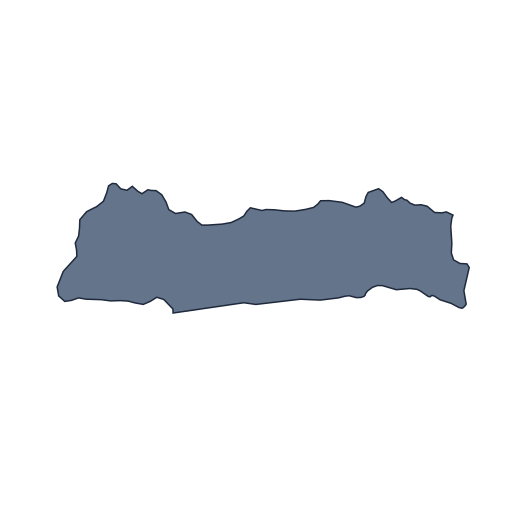 Hualien, Mercator projection, rotated 72°
{"feature_id": "TWN-1172", "entity_name": "Hualien", "entity_type": "County", "adm_level": 1, "iso_a3": "TWN", "parent_name": "Taiwan", "parent_adm1": "", "projection": "mercator", "projection_center": [121.379, 23.74], "detail": "fine", "context": "isolated", "style": "filled", "palette": "slate", "viewbox_px": 512, "rotation_deg": 72, "n_neighbors": 0, "source": "natural_earth", "source_scale": "10m", "svg_char_len": 1699}
<svg xmlns="http://www.w3.org/2000/svg" viewBox="0 0 512 512"><g transform="rotate(72 256 256)"><path d="M366.6,70.9L367.4,71.7L368.4,73.3L369.1,74.9L369.4,76.1L367.8,78.8L361.4,85.0L354.5,94.5L349.4,98.6L347.8,100.8L348.6,103.1L347.7,104.7L340.3,110.3L337.6,113.0L334.5,119.6L331.4,133.0L323.2,145.0L321.6,149.8L321.8,155.0L323.7,160.7L325.4,163.2L326.9,164.3L327.8,165.8L327.8,169.4L326.6,173.4L322.6,179.7L321.8,183.5L321.3,190.6L317.8,208.5L310.8,227.2L302.0,271.2L296.7,282.0L284.6,352.5L280.7,351.4L268.9,357.1L264.6,363.1L266.5,370.7L267.2,378.2L263.1,385.8L259.4,391.5L256.5,398.8L253.8,408.1L249.8,416.5L244.5,431.1L241.0,437.7L241.2,445.1L240.1,451.9L233.0,456.0L224.0,454.7L211.1,444.1L201.0,426.5L194.8,424.8L187.8,423.9L182.3,418.6L175.6,415.5L167.0,412.3L161.5,403.4L160.2,395.3L159.9,392.6L156.8,384.2L149.8,378.5L143.7,374.5L142.6,370.2L144.1,366.7L150.3,363.9L153.6,358.4L151.5,352.1L158.1,348.3L161.5,345.2L159.6,338.3L161.3,335.4L162.9,330.9L168.6,326.7L176.8,324.9L184.9,324.6L190.7,319.4L192.2,310.0L196.6,304.4L205.0,301.3L209.9,297.9L211.7,292.3L215.2,278.4L216.5,269.2L215.5,261.3L214.2,255.3L210.7,250.9L208.4,246.5L214.6,236.2L214.9,232.1L217.7,224.3L221.9,215.0L225.3,205.3L227.0,194.4L227.6,186.1L225.7,181.1L223.4,177.5L226.0,169.1L231.6,157.4L240.4,145.9L240.7,141.7L239.1,136.7L233.4,133.0L230.2,129.6L229.9,118.6L234.0,115.5L241.3,113.1L247.0,110.4L246.7,106.4L245.2,99.5L248.3,97.3L249.7,95.1L253.4,93.1L256.8,89.0L258.2,83.3L261.5,77.9L269.8,72.7L272.4,65.9L272.9,61.3L278.0,56.0L280.7,58.2L287.9,61.6L304.4,65.8L313.5,69.3L320.7,69.3L326.1,64.4L328.7,57.8L332.9,56.8L353.2,69.0L365.5,70.8L366.6,70.9Z" fill="#64748b" stroke="#1e293b" stroke-width="1.5"/></g></svg>